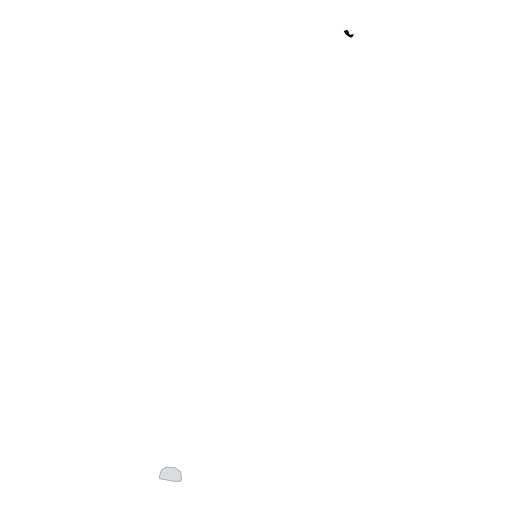 location of Aitutaki within Cook Islands
{"feature_id": "COK-4951", "entity_name": "Aitutaki", "entity_type": "state/province", "adm_level": 1, "iso_a3": "COK", "parent_name": "Cook Islands", "parent_adm1": "", "projection": "albers", "projection_center": [-158.934, -19.256], "detail": "fine", "context": "in_parent", "style": "filled", "palette": "ink", "viewbox_px": 512, "rotation_deg": 0, "n_neighbors": 0, "source": "natural_earth", "source_scale": "10m", "svg_char_len": 458}
<svg xmlns="http://www.w3.org/2000/svg" viewBox="0 0 512 512"><path d="M180.6,481.2L173.9,481.3L165.5,479.7L159.9,478.8L159.3,476.8L161.4,470.4L165.9,467.2L174.8,467.6L180.8,472.0L181.4,479.3L180.6,481.2Z" fill="#d9dde1" stroke="#a8b0b8" stroke-width="1"/><path d="M351.2,36.8L348.6,35.7L345.9,33.5L344.8,31.4L346.9,30.7L347.9,31.9L348.5,34.1L349.7,35.7L352.7,35.0L352.5,35.6L352.2,36.1L351.2,36.8Z" fill="#0f172a" stroke="#020617" stroke-width="1.5"/></svg>